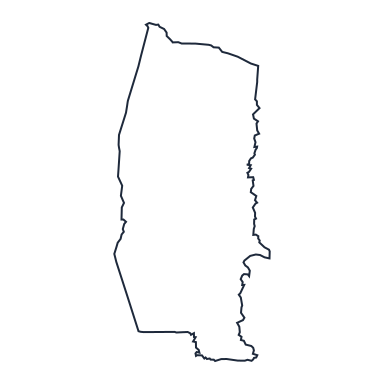 outline of Lares, Puerto Rico
{"feature_id": "32010507B37684321987765", "entity_name": "Lares", "entity_type": "district", "adm_level": 2, "iso_a3": "PRI", "parent_name": "Puerto Rico", "parent_adm1": "", "projection": "orthographic", "projection_center": [-66.852, 18.269], "detail": "fine", "context": "isolated", "style": "outline", "palette": "slate", "viewbox_px": 384, "rotation_deg": 0, "n_neighbors": 0, "source": "geoboundaries", "source_scale": "gbopen_adm2", "svg_char_len": 2447}
<svg xmlns="http://www.w3.org/2000/svg" viewBox="0 0 384 384"><path d="M255.1,99.4L257.2,82.0L257.2,79.5L258.2,65.9L250.8,63.5L237.7,56.7L227.9,53.3L222.2,51.9L218.8,47.6L213.6,47.3L211.1,45.4L208.7,44.8L195.4,43.6L181.6,43.5L178.3,42.2L172.7,42.4L172.6,42.1L170.0,39.2L166.7,36.0L166.6,32.6L164.1,29.0L159.6,26.8L158.3,24.6L156.0,24.9L149.2,23.0L146.0,24.7L146.8,25.5L147.5,26.1L148.3,27.8L141.0,55.8L138.4,66.4L127.9,100.7L127.6,102.4L127.1,105.8L126.0,112.7L119.0,134.9L118.6,144.9L119.0,147.6L119.7,151.2L118.5,169.5L118.0,176.6L122.2,185.7L120.9,195.8L124.0,202.9L121.8,207.4L121.5,219.5L123.0,219.5L123.4,219.5L126.0,221.8L124.2,224.0L122.8,229.1L123.8,231.8L121.6,234.5L120.6,238.9L117.7,242.7L116.4,247.2L114.3,253.9L116.3,261.9L127.4,296.3L138.5,331.2L140.6,331.8L143.8,332.1L174.7,331.9L176.3,332.5L182.6,332.2L187.7,332.0L190.3,333.3L191.0,334.8L193.9,333.2L194.0,337.0L195.6,337.2L193.1,341.5L195.9,342.1L196.0,347.6L198.7,349.9L199.4,352.7L196.7,352.0L195.5,353.4L196.0,355.9L197.2,355.2L202.0,355.4L204.3,358.5L205.6,357.5L206.9,359.0L209.7,358.5L210.6,359.6L213.8,359.7L215.1,361.0L221.2,359.1L226.6,359.0L237.8,360.6L244.8,360.7L247.5,359.8L251.6,360.8L253.2,359.4L254.0,357.9L256.2,357.5L257.3,355.2L252.9,353.8L253.9,350.4L253.2,347.8L251.3,346.0L245.7,344.6L243.9,340.8L240.9,340.0L241.5,336.8L238.7,334.9L239.8,332.2L239.3,326.7L237.1,322.8L243.0,320.1L244.4,317.7L241.0,312.8L241.5,307.3L242.2,305.5L240.8,297.5L238.8,294.7L240.3,293.2L244.2,284.9L242.2,285.0L242.7,282.1L240.7,279.2L242.2,275.6L244.0,274.1L247.8,274.4L249.1,276.1L249.8,270.7L247.9,267.4L245.3,265.5L243.5,262.4L244.4,260.6L250.2,255.9L255.8,254.5L260.0,255.0L264.5,257.3L268.9,258.3L269.5,258.4L269.7,251.4L269.0,249.7L264.5,247.3L259.3,242.4L259.7,240.5L258.2,238.5L258.3,236.2L255.8,234.6L253.3,234.9L253.8,228.9L254.7,226.1L254.1,223.9L254.2,219.5L256.0,218.6L255.0,216.6L255.1,212.8L252.8,207.5L255.5,203.6L257.1,202.7L255.0,200.2L256.3,196.0L250.8,192.2L251.2,188.9L253.5,185.9L252.7,180.4L253.9,179.9L253.2,177.2L248.0,177.4L248.4,175.0L247.4,172.8L249.0,171.9L251.1,168.7L249.1,168.1L250.7,165.2L246.8,164.7L249.1,164.1L249.2,161.0L250.9,158.4L252.8,157.6L254.9,154.7L254.4,153.3L255.6,149.7L256.8,148.1L257.1,146.6L254.4,147.0L255.5,142.2L254.2,138.5L254.8,135.5L259.1,133.7L257.2,130.4L256.5,123.6L258.0,121.3L253.9,118.6L253.3,115.6L253.0,114.4L259.5,108.1L256.9,104.9L256.9,101.3L255.1,99.4Z" fill="none" stroke="#1e293b" stroke-width="2"/></svg>